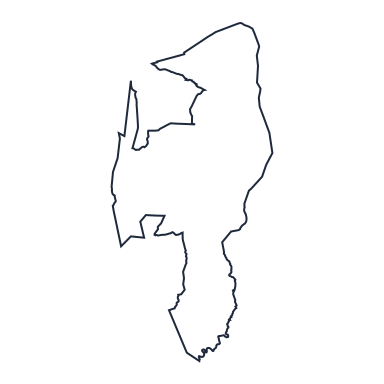 Santiago Tilantongo, Oaxaca, Mexico (orthographic projection)
{"feature_id": "50627088B21759146894755", "entity_name": "Santiago Tilantongo", "entity_type": "district", "adm_level": 2, "iso_a3": "MEX", "parent_name": "Mexico", "parent_adm1": "Oaxaca", "projection": "orthographic", "projection_center": [-97.358, 17.197], "detail": "fine", "context": "isolated", "style": "outline", "palette": "slate", "viewbox_px": 384, "rotation_deg": 0, "n_neighbors": 0, "source": "geoboundaries", "source_scale": "gbopen_adm2", "svg_char_len": 5929}
<svg xmlns="http://www.w3.org/2000/svg" viewBox="0 0 384 384"><path d="M130.9,80.7L124.4,136.1L118.8,133.1L119.9,138.5L117.6,158.2L113.0,171.9L111.8,184.6L111.6,187.0L111.9,188.3L112.0,190.0L111.8,190.7L112.1,191.9L112.2,192.9L112.5,193.6L112.9,194.3L113.5,194.9L114.3,195.2L114.8,195.7L114.6,196.4L114.8,197.2L115.1,198.4L115.4,199.6L115.8,201.0L115.3,202.0L114.3,203.2L113.2,205.5L112.8,205.7L113.6,210.5L121.1,246.3L130.9,236.4L144.1,237.7L140.3,221.7L145.8,215.1L156.3,215.6L164.5,215.8L161.0,223.6L160.2,224.2L159.6,225.0L158.9,225.6L158.2,226.3L157.8,227.1L157.9,227.8L157.9,228.5L158.0,229.3L157.2,230.2L156.8,230.9L156.1,231.6L155.7,232.3L155.1,233.1L154.6,233.9L154.5,234.8L155.4,235.3L156.5,235.0L158.1,235.5L159.6,235.3L161.3,234.9L162.5,234.9L163.5,234.7L165.1,234.8L166.0,234.4L167.0,234.3L167.7,234.0L168.4,233.9L169.2,233.5L170.9,233.2L171.7,232.5L172.3,232.2L173.5,232.7L174.5,233.7L174.9,234.3L176.1,235.0L176.7,234.9L177.5,234.7L178.3,234.6L179.4,234.2L180.4,233.7L181.2,233.1L182.6,232.6L182.6,235.4L182.7,238.4L182.8,239.8L183.4,242.1L184.1,244.7L184.8,247.8L185.4,249.6L185.8,250.7L185.3,251.4L185.2,252.1L185.6,253.0L186.0,253.6L186.5,254.0L186.3,255.2L185.9,256.2L186.6,257.4L186.6,258.9L186.3,260.1L186.1,261.1L186.4,262.0L186.4,263.2L185.8,264.3L183.1,271.8L184.0,278.3L183.8,279.7L183.2,284.4L184.7,289.7L181.2,294.3L178.2,294.8L178.4,295.9L177.9,296.6L177.8,297.3L177.8,298.0L177.9,298.7L178.5,299.9L178.7,301.1L178.3,301.7L177.6,302.1L176.8,302.6L176.6,303.6L176.8,304.4L176.3,305.6L175.8,306.1L175.2,306.6L174.9,307.6L174.6,308.4L173.7,308.6L173.0,308.8L172.1,309.1L170.9,309.6L169.0,310.2L186.8,352.7L199.3,361.0L199.4,360.3L199.7,359.6L199.6,358.9L198.9,357.5L198.9,356.4L199.1,356.1L200.8,356.8L202.5,356.9L203.5,356.3L204.1,355.0L204.1,353.5L203.4,352.4L202.3,351.2L202.1,350.3L202.7,349.6L203.6,349.5L204.4,349.7L205.1,350.8L205.1,351.5L205.5,352.2L206.1,352.5L206.5,352.3L206.8,351.7L206.7,350.4L206.6,349.4L207.1,348.4L207.7,348.0L209.2,347.9L210.7,348.9L211.7,349.7L212.0,350.4L212.9,351.0L213.4,350.9L213.7,350.0L214.4,348.9L215.3,348.3L215.8,347.8L216.1,347.1L216.4,346.1L216.4,345.5L216.8,344.8L217.4,344.3L219.0,344.2L219.9,343.4L219.3,341.0L218.9,339.7L218.8,338.1L218.3,337.3L218.2,336.8L218.3,336.5L219.0,336.0L219.9,336.0L220.9,335.8L222.1,335.6L223.4,335.3L224.0,335.3L224.7,336.1L225.2,336.6L225.9,337.0L226.8,337.3L228.1,336.9L228.2,335.9L228.1,335.1L227.7,334.6L226.9,334.5L226.2,334.2L225.8,333.6L225.8,332.9L226.0,332.3L226.8,331.3L226.9,329.9L227.6,328.3L228.4,327.6L228.5,327.0L228.1,326.5L227.6,325.9L227.6,325.1L227.2,324.6L227.3,323.7L228.1,323.0L228.3,322.0L229.1,321.0L228.9,320.3L230.0,320.0L229.3,319.2L230.1,318.5L230.8,316.7L231.4,316.9L231.4,315.9L232.1,315.3L232.3,313.9L232.9,313.3L232.9,312.0L233.8,310.7L234.7,309.4L235.4,308.7L236.3,308.0L235.4,306.6L236.6,305.5L235.7,303.3L234.9,301.6L235.3,300.3L233.2,294.2L233.4,292.1L233.9,291.3L233.2,291.2L233.0,290.8L233.5,290.6L233.4,290.1L234.7,289.4L235.3,286.4L235.5,283.3L234.8,280.7L235.4,279.8L233.3,277.3L231.8,276.9L230.7,276.3L229.7,275.9L229.2,275.5L229.2,274.9L229.5,274.3L229.9,274.0L230.9,273.1L231.0,272.8L231.3,272.3L231.5,271.9L231.3,271.3L231.1,270.4L231.5,269.5L231.3,268.8L231.4,268.4L231.5,267.6L231.4,266.8L231.2,266.0L230.6,265.3L230.3,264.7L230.1,264.4L230.3,263.9L230.2,263.6L229.8,263.1L229.6,262.7L229.5,262.1L229.3,261.4L228.9,261.0L228.5,260.8L227.9,260.5L227.5,260.1L226.8,259.4L226.7,259.0L226.2,257.7L225.8,257.3L225.4,256.6L224.8,254.8L224.5,254.5L224.2,254.2L224.0,253.7L223.8,253.2L224.1,252.2L222.9,246.1L222.2,242.2L231.1,231.5L238.7,230.1L240.1,229.1L240.2,228.3L240.7,227.5L241.2,226.8L241.7,226.1L242.6,225.2L243.9,224.2L245.0,223.5L245.9,222.0L246.3,221.0L246.4,220.3L246.5,219.1L246.5,218.1L246.4,217.1L245.9,214.8L245.6,213.7L245.0,213.0L244.6,211.9L244.2,211.0L244.1,209.8L244.3,208.8L244.3,208.1L244.5,207.6L244.7,207.1L244.4,206.3L244.4,205.9L244.5,204.7L244.3,203.9L248.9,190.7L251.1,188.8L262.1,176.7L266.2,164.8L272.4,153.0L269.4,132.9L263.4,116.5L259.7,106.7L258.8,97.6L260.2,91.3L260.5,88.5L257.0,82.6L258.0,65.9L256.8,55.6L259.2,46.4L258.1,43.1L254.1,32.4L252.4,28.6L250.6,27.6L249.3,26.8L248.1,26.3L246.5,25.7L244.9,25.3L243.7,24.6L242.5,23.7L240.8,23.0L238.5,23.4L215.8,32.0L212.0,34.4L209.6,35.8L207.6,37.0L204.2,39.3L195.0,45.4L190.9,48.1L186.1,51.3L184.1,52.6L184.3,54.2L157.0,61.6L157.2,62.3L152.8,63.4L151.9,63.7L152.6,64.3L154.1,65.0L155.9,66.1L157.0,67.7L158.5,69.1L160.1,69.9L161.9,69.6L164.6,69.2L166.3,69.7L167.7,70.3L169.9,71.1L171.1,71.9L172.7,72.2L174.2,72.8L175.9,73.5L177.0,73.9L178.6,74.0L179.9,74.6L181.1,74.9L182.7,75.4L183.9,76.9L185.0,78.3L186.3,78.8L185.7,79.9L188.3,80.3L189.0,79.8L189.6,79.8L190.0,79.9L191.1,80.2L191.4,80.4L191.9,80.4L192.0,80.7L192.0,81.0L192.2,81.3L192.4,81.5L192.7,81.6L193.1,81.7L193.4,81.9L193.7,81.9L193.9,82.1L194.1,82.7L194.3,82.8L194.5,82.8L194.8,82.9L195.1,83.4L195.5,83.7L195.5,84.1L195.6,84.3L195.9,84.3L196.4,84.0L196.6,84.1L196.6,84.3L196.5,84.7L196.8,84.9L196.8,85.2L196.6,85.6L196.5,85.8L197.4,86.6L198.8,87.3L200.7,87.8L202.1,88.7L203.4,89.4L204.6,90.0L203.3,90.3L202.2,91.4L201.2,92.9L200.2,93.8L198.1,94.2L196.7,95.8L191.8,106.1L190.0,109.3L190.2,110.6L190.2,112.0L190.8,113.7L191.4,115.0L192.1,116.1L191.9,123.5L195.1,124.4L188.2,124.1L177.8,123.7L170.6,123.3L167.2,125.0L163.5,127.0L160.0,128.8L158.5,130.3L155.2,130.7L148.3,130.7L148.1,131.6L148.1,133.2L148.1,134.3L148.3,135.4L148.6,136.3L148.1,137.3L147.3,138.1L147.0,139.5L147.6,140.7L147.8,143.6L147.0,144.5L146.4,145.7L144.6,147.2L143.3,146.7L142.2,147.0L141.0,148.0L140.4,148.4L139.9,148.9L138.9,149.8L138.1,149.7L137.1,149.7L136.1,150.0L135.0,149.5L133.8,148.5L133.2,148.2L132.5,148.2L137.3,130.7L137.8,128.8L138.0,126.7L137.4,116.1L136.6,104.8L136.7,102.5L136.5,100.9L136.4,99.1L135.7,98.0L135.3,96.1L135.1,94.5L135.2,93.2L135.9,91.7L133.2,90.1L132.5,89.5L131.7,88.2L131.1,85.4L130.9,80.7Z" fill="none" stroke="#1e293b" stroke-width="2"/></svg>